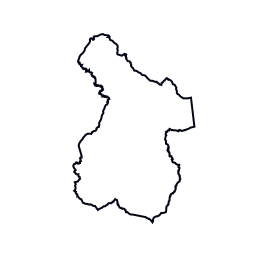 outline of West Gonja, Northern, Ghana, rotated 254°
{"feature_id": "2480657B54445116346139", "entity_name": "West Gonja", "entity_type": "district", "adm_level": 2, "iso_a3": "GHA", "parent_name": "Ghana", "parent_adm1": "Northern", "projection": "mercator", "projection_center": [-1.753, 9.223], "detail": "fine", "context": "isolated", "style": "outline", "palette": "ink", "viewbox_px": 256, "rotation_deg": 254, "n_neighbors": 0, "source": "geoboundaries", "source_scale": "gbopen_adm2", "svg_char_len": 5854}
<svg xmlns="http://www.w3.org/2000/svg" viewBox="0 0 256 256"><g transform="rotate(254 128 128)"><path d="M36.6,138.4L36.7,141.2L37.8,141.8L41.9,143.3L43.0,145.4L43.3,145.2L44.4,146.3L46.1,146.8L46.8,147.9L49.8,148.9L50.8,149.6L50.5,149.8L50.7,150.0L52.1,150.6L52.7,151.3L52.6,151.9L53.2,152.9L52.9,153.3L53.4,154.2L54.1,154.8L54.0,155.3L56.5,157.2L57.5,157.1L58.2,157.8L58.8,157.5L59.2,157.7L59.7,159.0L60.4,159.1L61.8,160.9L62.7,163.1L64.3,163.5L64.6,164.3L66.9,164.1L67.5,164.7L70.1,163.8L70.7,164.3L71.6,164.1L72.3,164.5L72.7,164.4L73.0,165.2L73.7,165.1L75.2,166.5L75.8,166.5L76.7,165.7L77.9,166.7L78.2,166.6L78.4,167.1L78.6,167.0L78.7,165.8L80.5,164.0L81.5,163.8L82.7,161.6L84.8,161.4L85.3,162.1L85.8,161.5L86.6,162.4L87.5,161.9L88.9,161.9L89.3,160.2L89.8,160.2L90.6,160.8L91.3,160.6L92.8,161.0L93.2,160.7L93.3,161.0L94.7,160.6L94.9,160.0L95.4,159.7L96.4,160.2L96.5,160.9L97.3,160.7L97.5,160.8L97.2,161.4L98.5,161.9L101.2,161.6L102.4,160.2L105.3,161.0L106.7,160.4L110.1,162.2L110.5,162.8L111.4,162.4L113.1,163.4L113.7,163.3L114.0,164.1L113.6,164.7L114.7,165.8L114.6,166.6L115.1,167.1L114.7,167.2L115.5,168.0L113.8,169.5L113.9,170.1L113.2,171.3L112.4,173.7L110.9,175.6L111.3,176.3L111.8,176.3L111.9,177.0L111.3,177.3L111.3,178.0L110.3,178.9L110.4,182.0L110.1,182.3L110.5,183.8L110.5,185.9L111.1,187.7L111.0,192.2L139.8,196.9L140.0,193.7L141.2,189.5L143.9,187.1L146.2,186.0L147.1,184.9L148.3,184.6L149.9,185.2L152.2,184.9L153.3,185.6L156.8,184.7L157.7,183.2L160.4,183.0L162.5,181.8L163.2,180.9L163.2,180.1L163.9,179.8L164.1,179.9L164.4,179.4L165.2,179.1L164.9,178.0L163.8,176.7L163.5,175.4L162.7,174.8L162.5,173.8L161.9,173.4L161.8,172.6L160.3,172.0L160.8,171.5L160.8,170.7L161.4,170.1L162.3,169.8L163.5,168.6L164.3,168.5L164.7,168.0L164.8,166.9L166.6,164.6L167.3,162.4L170.9,160.2L172.8,159.5L173.7,158.8L174.2,158.2L175.0,156.3L177.7,154.9L178.3,153.6L180.2,152.3L181.1,150.9L181.4,149.9L184.2,149.3L185.4,148.4L186.9,148.1L187.4,148.1L187.9,148.6L189.3,148.3L190.0,148.6L190.5,148.1L191.6,147.9L192.4,146.2L194.6,145.4L195.1,145.6L195.7,145.4L196.1,145.8L196.7,145.6L197.9,145.9L198.2,145.5L198.8,146.2L199.1,145.5L199.2,145.8L199.9,145.4L200.0,145.6L200.3,145.2L199.2,142.0L201.7,138.2L202.8,138.2L205.6,139.6L207.2,139.5L208.4,140.4L210.2,140.6L212.2,139.7L213.4,138.4L216.1,137.1L217.6,135.1L219.4,135.0L220.4,135.3L220.9,133.9L221.6,135.2L222.4,134.7L224.0,130.8L225.2,129.8L225.4,127.0L224.7,124.0L225.4,120.6L224.8,120.0L223.0,120.0L222.4,119.3L222.4,118.7L224.3,117.7L224.3,116.5L223.5,115.7L222.2,115.6L220.5,114.4L216.4,108.6L214.5,107.7L212.6,105.4L211.2,102.5L209.6,100.8L208.1,100.1L207.0,99.0L205.7,98.3L204.5,98.5L204.8,98.9L204.6,99.3L203.0,99.1L203.0,99.4L202.6,99.2L202.0,99.6L201.8,100.1L200.8,99.9L200.9,100.7L200.6,100.4L199.6,100.3L198.7,100.9L197.5,100.9L197.0,101.6L197.4,102.2L196.6,102.7L196.9,102.9L196.6,104.0L195.9,104.2L196.2,103.8L196.1,103.4L195.5,103.9L195.5,103.4L195.2,103.5L195.2,103.9L194.6,103.6L194.8,104.0L194.0,104.1L194.2,104.3L193.8,104.9L194.0,105.2L193.6,105.6L194.2,106.4L192.9,106.1L192.2,106.3L191.8,107.8L190.8,108.6L189.7,107.6L188.9,108.0L188.8,107.7L188.4,107.7L188.2,108.1L187.8,108.1L187.6,108.7L186.8,108.7L186.6,109.8L186.2,110.0L185.4,109.8L185.3,110.1L185.0,109.9L183.9,110.3L180.0,109.2L180.2,107.8L179.2,107.9L179.5,108.2L179.0,108.6L178.0,108.5L177.6,108.9L178.0,109.3L177.9,109.9L177.4,109.8L177.3,110.2L176.9,109.8L176.8,110.2L177.1,110.2L177.3,110.8L176.4,111.0L176.8,111.1L176.9,111.4L176.5,112.6L176.3,112.6L176.3,113.2L175.5,113.0L175.4,113.3L175.8,113.4L175.8,113.8L175.2,114.2L175.2,113.3L174.7,113.6L174.8,114.1L174.1,113.9L173.3,114.6L172.1,114.6L172.3,113.8L171.9,113.6L172.0,114.1L171.5,114.0L171.5,113.5L170.8,113.0L170.8,112.7L171.2,112.9L171.3,112.4L170.8,112.2L170.6,111.4L170.8,111.2L170.4,111.1L170.3,110.5L169.8,109.9L169.2,109.9L169.3,110.1L168.5,110.5L168.8,110.9L167.9,111.3L167.7,111.9L166.9,111.9L165.9,112.4L166.0,113.1L165.5,113.1L165.2,112.5L165.0,113.1L164.4,113.1L164.7,113.2L164.4,113.8L165.2,114.5L164.8,115.1L163.9,115.2L163.7,115.7L164.3,116.1L164.2,116.4L163.3,116.4L162.8,117.6L162.3,117.7L162.2,118.0L161.0,118.0L161.0,117.2L160.5,116.2L159.2,116.2L159.1,115.5L158.5,115.1L157.8,115.6L157.4,115.4L156.3,114.3L156.2,113.0L154.1,111.1L153.0,110.6L151.9,109.3L150.6,108.5L150.1,108.7L148.9,108.3L147.6,106.6L143.7,104.5L141.1,101.8L138.5,101.1L137.0,100.2L137.2,99.1L136.3,97.5L135.6,97.6L134.7,96.8L134.3,95.8L134.5,94.7L134.1,93.5L134.2,92.7L133.9,92.2L133.3,92.1L132.4,90.9L133.2,89.5L133.6,87.4L132.8,84.8L132.0,84.0L131.0,82.2L130.0,81.4L128.3,78.8L126.6,76.9L124.6,75.7L113.6,75.7L113.3,75.3L112.3,75.2L112.6,74.0L112.2,73.6L109.1,73.6L109.1,72.6L107.5,72.2L107.3,71.0L107.5,70.1L108.6,70.0L108.5,69.4L109.1,68.9L109.1,68.3L108.2,67.9L108.1,66.0L106.8,65.0L105.2,64.9L101.9,66.1L101.1,64.4L100.5,64.2L98.7,65.3L98.0,65.4L97.5,66.0L97.2,67.6L95.2,67.1L94.5,67.4L94.0,68.1L93.0,67.7L92.3,67.9L91.4,66.1L90.4,65.1L90.5,61.9L88.4,62.3L87.1,61.2L85.2,61.2L83.4,60.4L82.6,59.1L82.2,59.6L81.8,59.4L81.0,60.4L80.3,59.9L78.9,60.1L78.1,61.0L76.5,60.5L76.6,60.8L73.5,62.0L72.4,63.4L68.5,64.1L68.2,64.8L67.1,65.7L66.2,68.1L65.6,68.5L65.1,69.7L65.1,70.5L64.7,70.7L64.3,71.9L62.6,73.2L62.1,74.8L57.5,76.5L58.0,77.3L58.5,80.9L59.4,82.9L59.1,84.6L59.6,85.2L60.0,87.2L61.0,88.4L61.0,89.6L60.3,90.8L60.3,91.4L61.4,92.8L61.1,93.8L61.8,94.2L63.0,95.9L62.6,96.0L62.7,96.5L61.8,97.5L60.3,97.6L59.0,97.1L58.5,97.4L58.1,97.1L57.9,97.5L57.1,97.6L56.4,97.1L55.4,97.9L54.0,97.9L52.6,99.5L52.8,99.8L51.8,100.5L51.9,101.2L51.2,102.2L50.2,102.5L49.6,103.1L49.0,102.8L47.6,102.9L47.4,104.2L45.6,105.2L44.0,106.9L43.6,108.5L37.4,120.5L36.3,121.2L35.5,122.4L34.8,122.8L34.8,123.4L33.1,124.5L30.6,125.5L31.7,126.5L32.9,126.7L34.7,128.0L35.3,130.7L35.0,131.8L35.2,133.5L35.5,133.8L36.1,135.3L37.0,136.1L37.2,136.6L36.6,138.4Z" fill="none" stroke="#020617" stroke-width="2"/></g></svg>